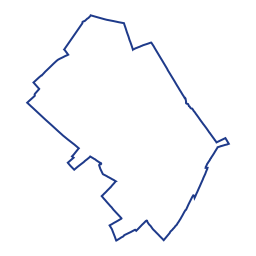 Lunguletu, Dâmbovita, Romania (orthographic projection)
{"feature_id": "2599482B28645513171347", "entity_name": "Lunguletu", "entity_type": "district", "adm_level": 2, "iso_a3": "ROU", "parent_name": "Romania", "parent_adm1": "Dâmbovita", "projection": "orthographic", "projection_center": [25.659, 44.619], "detail": "fine", "context": "isolated", "style": "outline", "palette": "blue", "viewbox_px": 256, "rotation_deg": 0, "n_neighbors": 0, "source": "geoboundaries", "source_scale": "gbopen_adm2", "svg_char_len": 5728}
<svg xmlns="http://www.w3.org/2000/svg" viewBox="0 0 256 256"><path d="M194.6,197.8L194.9,197.2L195.6,195.7L195.9,194.9L196.5,193.5L197.1,192.3L198.9,188.2L199.7,186.5L201.4,182.6L202.8,179.5L203.4,177.9L204.6,175.3L205.3,173.8L205.9,172.1L206.8,169.9L206.9,169.7L207.3,168.9L207.3,168.5L207.4,168.2L207.5,167.9L205.6,167.9L205.7,167.3L205.8,166.8L205.9,166.5L206.1,166.3L206.5,165.7L206.6,165.4L206.9,164.5L207.0,164.3L207.3,163.7L207.8,163.1L207.9,162.9L208.2,162.4L208.8,161.5L209.4,160.6L209.7,160.3L209.9,159.7L210.0,159.4L210.6,158.6L211.0,158.1L211.0,157.9L212.0,156.4L213.0,154.9L214.2,153.0L215.0,151.6L216.2,149.7L216.6,149.0L217.0,148.4L217.7,147.3L217.7,147.2L220.0,146.5L220.7,146.2L220.9,146.2L221.2,146.1L221.3,146.0L221.5,146.0L221.8,145.9L222.3,145.8L222.5,145.7L223.2,145.5L223.6,145.4L224.8,145.0L226.5,144.6L227.3,144.4L228.8,143.8L225.4,138.1L216.5,142.4L216.3,142.0L215.8,141.3L215.1,140.3L214.9,140.2L214.6,139.7L214.0,138.8L213.1,137.6L211.8,135.8L210.0,133.3L209.7,132.8L209.4,132.6L208.6,131.4L208.4,131.1L208.2,130.8L208.0,130.5L206.4,128.2L203.7,124.6L203.5,124.4L203.3,124.2L203.2,124.0L202.2,122.6L201.0,121.0L199.8,119.3L198.5,117.4L197.2,115.6L196.4,114.5L195.7,113.6L195.1,112.6L194.7,112.1L194.0,111.3L193.6,110.8L193.5,110.6L193.4,110.4L192.3,108.7L192.2,108.6L191.7,108.6L191.1,108.4L190.8,108.2L190.5,107.9L190.0,107.2L189.8,106.8L189.6,106.5L189.2,106.3L188.9,106.1L188.7,105.5L188.4,104.7L188.0,104.0L186.8,103.7L186.5,103.6L186.0,103.0L186.0,102.6L186.1,102.2L186.0,101.2L185.5,98.5L185.1,97.9L184.9,98.0L184.7,98.1L184.5,97.7L183.5,96.0L182.5,94.5L181.5,92.8L180.2,90.7L180.0,90.4L179.8,90.1L179.1,88.9L178.1,87.2L177.4,86.1L176.9,85.3L176.8,85.1L175.9,83.6L174.8,81.7L168.9,72.0L167.7,70.1L167.7,69.9L166.9,68.4L163.9,63.4L162.0,60.2L161.8,59.9L160.1,57.1L158.2,53.9L155.9,50.1L154.3,47.4L154.2,47.1L153.2,45.5L152.0,43.7L151.3,42.6L150.9,42.6L149.2,43.2L147.8,43.7L146.6,44.1L144.4,44.8L142.9,45.3L142.1,45.7L141.0,46.1L140.0,46.6L138.1,47.3L136.7,47.9L136.3,48.0L136.0,48.1L135.7,48.3L135.2,48.5L134.7,48.7L134.0,49.1L133.6,49.3L133.0,49.5L132.9,49.6L132.6,48.6L131.4,45.0L130.3,41.9L129.5,39.9L128.5,36.6L126.9,32.2L125.6,28.1L124.3,24.4L124.0,23.2L123.6,23.1L118.7,22.2L113.6,21.1L108.9,20.2L106.8,19.8L104.8,19.3L97.6,17.3L92.7,15.9L90.9,15.4L90.9,15.5L90.1,16.2L88.6,17.8L88.4,18.0L88.2,18.1L87.2,18.7L86.5,19.4L85.5,20.3L85.0,20.7L84.6,21.1L84.1,21.2L83.6,21.3L83.2,21.5L82.9,21.7L82.5,22.0L82.3,23.4L81.3,24.8L64.2,49.5L64.4,49.6L68.2,54.7L66.6,55.5L66.0,55.7L64.9,56.2L62.8,57.3L60.1,58.6L58.2,59.6L57.5,60.1L56.3,61.1L53.6,63.6L49.6,67.5L46.9,70.1L45.4,71.5L41.7,75.5L41.4,75.4L38.8,77.6L33.5,82.5L39.2,88.9L39.0,89.2L35.1,93.6L34.9,93.9L34.6,94.5L34.8,95.2L34.7,95.9L28.9,101.1L27.6,102.3L27.2,102.7L31.6,106.8L32.3,107.4L32.4,107.5L38.5,113.2L45.6,119.8L52.3,125.8L58.4,131.4L62.1,134.7L62.3,134.9L62.6,135.2L63.2,135.7L66.4,138.3L67.0,138.8L67.6,139.3L73.4,143.8L74.2,144.4L78.8,148.3L78.1,149.1L73.6,154.7L72.0,156.4L73.6,157.7L67.8,162.7L68.1,163.1L70.4,165.8L74.2,169.7L77.5,166.9L81.1,164.1L83.6,162.2L84.6,161.3L84.7,161.1L87.2,159.2L87.3,159.1L88.9,157.8L89.5,157.3L90.2,156.5L93.1,158.2L94.0,158.8L94.7,159.1L95.7,159.8L96.4,160.4L97.9,161.4L99.6,162.5L100.8,163.0L101.0,163.2L101.2,163.8L100.8,164.3L99.8,164.1L99.1,165.1L100.3,168.8L100.5,169.2L102.8,174.0L103.3,174.4L104.6,175.0L106.3,175.9L106.9,176.2L107.6,176.7L108.4,177.1L109.2,177.5L110.4,178.2L111.0,178.5L112.5,179.4L113.4,179.8L114.5,180.5L115.8,181.3L115.6,181.4L114.2,183.1L112.1,185.4L110.5,187.4L110.3,187.4L109.9,187.9L108.8,189.0L107.4,190.4L106.3,191.6L105.0,192.9L104.0,193.8L103.1,194.8L102.3,195.5L101.7,196.1L103.0,197.6L103.7,198.5L105.0,199.9L106.7,201.9L107.4,202.7L108.1,203.5L108.5,203.9L108.8,204.3L109.2,204.7L109.7,205.3L110.1,205.8L110.5,206.2L110.9,206.6L111.3,207.0L111.8,207.5L112.4,208.4L112.6,208.6L112.7,208.8L112.8,208.9L113.0,209.1L113.2,209.3L113.3,209.5L113.5,209.8L114.5,210.8L115.3,211.7L117.0,213.5L118.6,215.2L120.4,217.1L120.8,217.6L121.3,218.1L121.4,218.3L121.5,218.4L121.5,218.5L121.4,218.6L120.8,219.0L120.2,219.3L119.6,219.7L119.3,219.9L119.1,220.0L118.7,220.2L118.1,220.6L117.0,221.2L115.8,221.9L115.4,222.1L114.9,222.4L114.6,222.5L114.3,222.7L113.6,223.1L112.3,223.9L111.5,224.4L111.1,224.6L110.6,224.8L110.3,225.0L110.1,225.1L109.6,225.4L110.2,226.4L111.8,229.0L112.1,229.7L112.7,231.3L114.9,236.9L116.2,240.6L116.3,240.6L117.9,239.6L119.7,238.5L121.5,237.3L122.8,236.7L123.5,236.2L123.7,235.8L124.0,235.4L124.3,235.2L124.5,235.1L125.0,234.8L125.8,234.4L126.1,234.3L127.1,233.8L127.9,233.4L128.4,233.2L128.7,233.0L128.8,233.0L129.2,232.8L129.6,232.6L130.9,232.0L131.0,231.9L134.2,230.2L135.0,229.8L135.3,229.8L135.7,230.3L135.9,230.5L136.2,230.8L138.5,228.5L142.2,224.6L143.3,223.6L144.7,222.2L145.7,221.1L146.1,220.9L146.4,220.7L146.6,220.7L146.8,220.6L147.1,220.8L147.2,221.2L147.3,221.7L147.7,222.4L148.6,223.8L149.0,224.3L149.7,225.1L150.2,225.5L150.7,226.1L151.0,226.5L152.6,228.8L153.2,229.5L154.0,230.3L155.4,231.6L155.5,231.8L157.0,233.3L157.9,234.2L158.7,235.0L159.5,235.9L162.1,238.5L162.7,239.1L163.4,239.9L163.7,240.2L168.6,234.3L169.6,233.1L169.8,232.8L169.9,232.4L170.6,231.4L172.1,230.0L172.6,229.5L173.0,228.9L173.3,228.6L173.6,228.3L174.2,227.7L174.7,227.1L175.1,226.4L175.4,226.1L175.5,226.0L176.0,225.5L177.0,224.5L177.1,224.2L177.3,223.8L177.4,223.5L177.5,223.4L177.8,223.0L178.2,222.5L178.5,222.0L179.7,220.1L180.0,219.6L180.1,219.4L180.3,219.2L181.2,217.6L181.8,216.5L182.3,215.7L183.1,214.2L183.4,213.6L183.6,213.3L184.2,212.1L184.5,211.7L185.3,210.3L185.5,210.1L185.9,209.9L186.1,209.7L188.5,204.4L192.2,197.0L193.1,195.6L193.3,195.3L193.7,195.4L194.0,195.8L194.3,196.3L194.6,197.8Z" fill="none" stroke="#1e3a8a" stroke-width="2"/></svg>